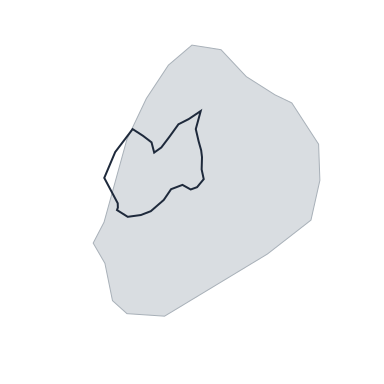 Escaldes-Engordany highlighted on a map of Andorra, rotated 134°
{"feature_id": "AND-4881", "entity_name": "Escaldes-Engordany", "entity_type": "state/province", "adm_level": 1, "iso_a3": "AND", "parent_name": "Andorra", "parent_adm1": "", "projection": "robinson", "projection_center": [1.58, 42.496], "detail": "fine", "context": "in_parent", "style": "outline", "palette": "slate", "viewbox_px": 384, "rotation_deg": 134, "n_neighbors": 0, "source": "natural_earth", "source_scale": "10m", "svg_char_len": 807}
<svg xmlns="http://www.w3.org/2000/svg" viewBox="0 0 384 384"><g transform="rotate(134 192 192)"><path d="M297.4,227.6L274.8,234.3L199.3,275.4L156.4,289.8L117.1,297.1L86.4,294.1L69.5,270.0L71.3,233.1L64.5,199.9L58.6,182.1L69.7,134.1L94.8,108.1L129.6,86.9L184.3,94.7L300.4,125.5L324.7,154.3L325.4,173.7L303.8,205.1L297.4,227.6Z" fill="#d9dde1" stroke="#a8b0b8" stroke-width="1"/><path d="M257.1,233.4L254.7,234.5L251.7,237.6L242.8,264.9L216.6,275.0L188.0,278.4L185.6,266.1L184.4,255.6L189.9,246.6L181.3,245.0L167.9,246.6L152.7,248.8L141.7,245.0L127.7,242.0L134.4,238.3L144.1,233.0L150.9,222.5L155.7,214.3L160.0,209.0L169.1,200.7L174.6,192.5L185.0,191.7L191.1,194.7L193.5,203.8L204.5,209.0L217.3,206.8L234.4,208.3L244.1,212.8L254.5,221.0L257.1,233.4Z" fill="none" stroke="#1e293b" stroke-width="2"/></g></svg>